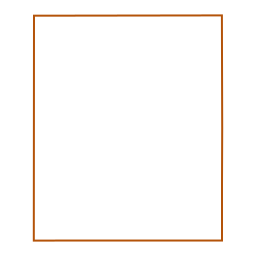 outline of Waseca, Minnesota, United States of America
{"feature_id": "52423323B56333965571995", "entity_name": "Waseca", "entity_type": "district", "adm_level": 2, "iso_a3": "USA", "parent_name": "United States of America", "parent_adm1": "Minnesota", "projection": "robinson", "projection_center": [-93.527, 44.022], "detail": "fine", "context": "isolated", "style": "outline", "palette": "amber", "viewbox_px": 256, "rotation_deg": 0, "n_neighbors": 0, "source": "geoboundaries", "source_scale": "gbopen_adm2", "svg_char_len": 239}
<svg xmlns="http://www.w3.org/2000/svg" viewBox="0 0 256 256"><path d="M221.9,15.4L160.2,15.5L159.3,15.5L34.0,15.7L33.8,240.6L96.1,240.5L222.0,240.5L222.0,184.3L222.2,128.2L221.9,15.4Z" fill="none" stroke="#b45309" stroke-width="2"/></svg>